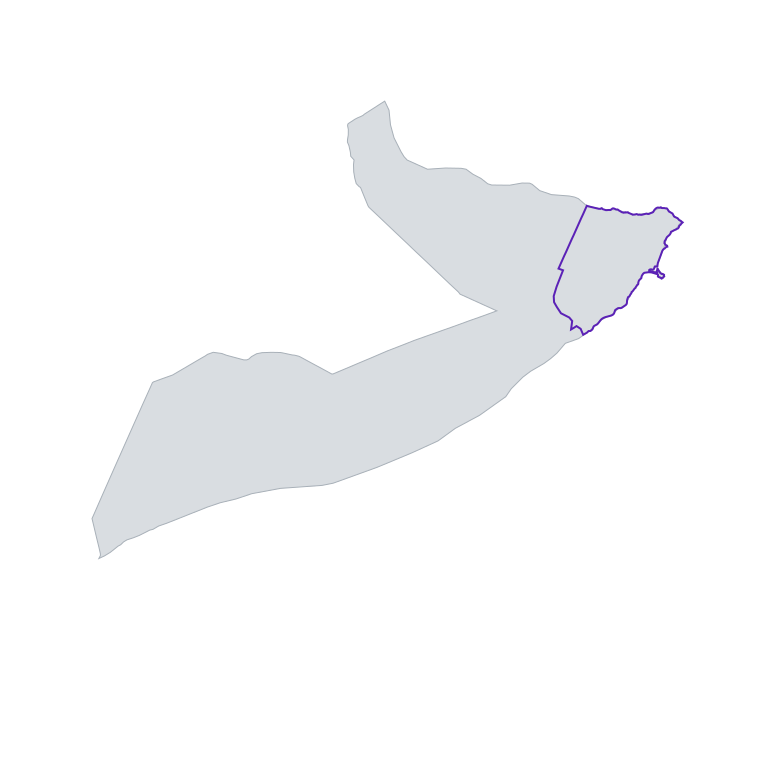 Bari highlighted on a map of Somalia, rotated 24°
{"feature_id": "SOM-1", "entity_name": "Bari", "entity_type": "Region", "adm_level": 1, "iso_a3": "SOM", "parent_name": "Somalia", "parent_adm1": "", "projection": "orthographic", "projection_center": [50.532, 10.16], "detail": "fine", "context": "in_parent", "style": "outline", "palette": "violet", "viewbox_px": 768, "rotation_deg": 24, "n_neighbors": 0, "source": "natural_earth", "source_scale": "10m", "svg_char_len": 5795}
<svg xmlns="http://www.w3.org/2000/svg" viewBox="0 0 768 768"><g transform="rotate(24 384 384)"><path d="M194.7,656.1L194.0,654.5L190.2,649.4L183.0,640.1L177.6,633.0L172.0,625.7L172.0,620.0L171.9,603.1L171.8,569.2L171.8,535.2L171.8,501.1L171.9,484.0L171.9,477.0L172.5,475.9L178.8,469.8L187.2,461.8L198.3,446.3L204.3,437.9L209.4,430.9L210.7,428.7L215.1,424.5L223.4,422.1L228.5,421.8L246.1,419.0L248.8,417.8L250.3,416.3L251.8,412.9L255.3,408.2L259.8,405.0L268.2,400.9L276.5,397.4L278.4,396.9L288.3,394.8L290.8,394.0L294.8,393.3L296.4,393.3L310.2,394.4L321.0,395.2L332.1,396.1L333.3,395.6L341.2,387.2L353.7,373.8L361.7,365.3L374.0,352.0L383.5,342.5L393.9,331.9L404.1,322.2L416.3,310.6L424.0,303.3L435.9,291.8L447.3,281.0L457.3,271.3L443.6,271.2L430.1,271.1L416.9,271.0L414.6,269.7L403.5,265.9L389.5,260.9L372.1,254.7L359.7,250.4L346.6,245.7L333.2,241.0L322.8,237.3L309.8,232.7L298.4,228.7L296.9,227.7L290.7,221.8L282.6,214.0L281.0,213.8L277.1,212.2L273.7,208.0L270.1,202.6L266.9,196.0L265.5,191.5L261.0,189.5L259.0,185.9L255.0,180.5L252.2,177.9L251.3,175.7L250.1,171.1L247.9,166.0L245.7,162.9L245.3,161.5L245.4,160.7L249.7,154.0L251.6,151.6L253.8,149.3L255.6,147.1L256.3,145.5L261.5,137.6L266.0,130.7L269.6,125.3L277.2,131.8L284.5,144.6L293.1,155.1L305.1,164.9L309.9,168.2L314.1,170.0L336.4,170.1L352.3,161.7L366.7,155.6L371.6,154.4L379.9,156.2L389.1,156.8L397.3,158.9L401.5,158.4L417.9,151.3L428.3,144.3L435.3,141.3L438.1,141.3L447.6,144.0L459.9,142.9L476.8,136.9L482.2,135.7L486.2,135.6L495.4,138.4L496.8,138.3L501.8,137.8L514.8,134.9L525.0,130.5L543.8,127.4L558.0,119.3L560.5,115.4L564.8,110.5L571.1,108.8L587.0,114.6L589.6,115.0L588.7,118.5L588.1,122.1L584.9,128.4L582.8,135.3L584.3,145.9L585.1,163.0L584.7,165.5L583.7,168.0L583.3,169.9L581.5,170.6L580.8,171.7L582.0,172.1L587.0,170.3L586.9,168.2L587.2,167.2L591.4,169.5L594.3,170.4L595.2,172.6L594.9,174.1L590.3,173.4L587.9,172.2L580.9,174.1L576.7,176.2L575.4,179.5L574.4,193.0L572.8,201.7L572.5,213.3L566.9,220.9L564.9,226.3L556.5,237.1L552.2,246.3L550.7,250.8L543.3,263.4L533.1,273.1L529.4,285.5L525.8,293.2L521.7,300.3L512.7,312.8L508.0,321.4L502.2,336.5L500.4,346.0L484.1,373.6L467.1,395.6L456.5,414.0L437.6,435.4L411.7,462.8L377.9,495.3L368.7,501.8L331.8,521.5L307.8,538.0L295.6,549.2L282.8,559.0L272.7,568.3L242.0,599.7L238.9,602.6L235.9,605.4L232.1,610.7L229.4,612.8L222.1,621.8L217.6,626.4L212.5,631.0L210.3,634.2L208.8,638.0L207.1,640.1L202.5,649.0L198.5,654.8L194.5,659.4L194.7,656.1Z" fill="#d9dde1" stroke="#a8b0b8" stroke-width="1"/><path d="M496.5,207.6L496.5,203.0L496.5,198.4L496.5,193.8L496.6,189.2L496.6,184.6L496.6,180.0L496.6,175.4L496.7,170.8L496.7,166.2L496.7,161.6L496.7,157.1L496.7,152.5L496.8,147.9L496.8,143.3L496.8,138.7L498.3,138.6L503.6,137.6L508.9,136.6L510.4,136.0L511.0,135.1L511.4,134.8L511.9,135.0L512.3,135.2L512.7,135.3L515.3,135.0L516.1,134.9L516.7,134.6L518.9,133.4L519.6,133.2L520.2,132.9L521.1,131.1L521.7,130.4L522.4,130.2L523.3,130.1L525.1,130.2L525.3,130.1L526.0,129.7L526.4,129.6L526.8,129.6L528.0,129.9L531.5,130.3L533.4,130.0L534.6,129.0L534.9,129.1L535.6,128.6L536.1,128.5L536.2,128.4L536.7,128.0L537.0,127.9L537.3,128.0L537.6,128.1L537.8,128.2L541.5,128.1L542.3,128.2L544.6,126.9L545.4,126.2L545.8,126.0L547.3,126.0L547.6,125.9L548.0,125.6L548.4,125.4L550.1,124.9L550.9,124.4L554.3,121.7L556.1,121.3L556.9,120.8L558.2,119.3L559.4,118.2L559.9,117.5L560.1,116.6L560.1,115.7L560.3,114.8L560.6,113.9L560.9,113.1L561.8,111.9L562.4,111.4L563.0,111.2L563.5,111.1L564.5,110.6L564.7,110.3L564.8,110.1L565.0,110.0L565.3,110.0L565.6,110.3L565.8,110.3L566.7,110.1L568.4,109.3L569.9,109.0L570.3,108.7L571.3,108.6L574.1,110.5L578.2,110.9L580.6,112.8L581.3,113.1L584.5,113.1L585.3,113.3L586.6,114.0L587.4,114.2L588.3,114.2L589.3,114.4L590.1,114.7L591.1,114.9L590.5,116.3L590.1,118.0L589.4,119.2L589.6,121.1L589.3,122.3L588.6,123.0L587.9,124.1L586.7,125.3L585.3,127.1L584.4,128.1L584.3,128.3L584.3,128.8L584.5,129.4L584.5,129.8L584.4,130.7L584.2,131.6L582.9,134.4L582.7,135.0L582.6,137.7L582.3,139.4L582.9,141.3L584.7,142.4L586.4,142.5L587.0,143.3L586.0,144.2L585.2,146.2L584.7,146.8L584.4,147.4L584.2,148.3L584.1,149.3L584.5,154.9L585.0,162.2L585.9,165.4L585.7,165.8L584.8,166.0L583.8,166.3L583.6,167.0L583.8,168.8L583.6,169.7L583.2,170.2L582.6,170.4L581.7,170.5L580.9,170.8L580.2,171.4L579.9,172.1L580.2,172.7L581.0,172.9L587.1,171.6L587.6,171.7L588.0,171.8L588.3,171.8L588.5,171.5L588.3,171.0L587.9,170.8L587.6,170.6L587.4,170.4L587.3,169.4L587.2,168.6L587.0,167.7L586.6,166.9L587.2,167.4L587.8,167.9L588.3,168.4L589.0,168.8L589.4,169.1L589.8,169.3L590.8,169.9L591.2,170.2L592.0,170.4L592.6,170.5L593.0,170.5L593.4,170.2L593.8,170.1L594.7,170.2L595.4,170.3L595.7,171.2L596.2,171.6L596.0,172.3L595.5,173.7L595.0,173.8L594.8,174.0L594.5,174.3L594.6,174.8L594.3,174.8L593.5,174.5L593.0,174.6L592.4,174.4L591.6,174.6L590.5,174.4L590.2,173.6L590.1,173.2L589.8,172.7L589.2,172.5L583.1,173.2L580.2,174.3L576.6,176.5L575.9,177.8L575.5,180.3L576.0,182.7L574.8,185.7L575.0,187.6L575.5,188.9L575.6,189.4L575.5,189.9L575.1,190.5L574.6,193.3L574.7,193.8L574.3,194.6L574.0,195.4L573.6,197.4L573.1,198.9L572.8,199.3L573.0,200.5L573.0,200.9L572.7,201.7L572.5,204.2L571.7,205.2L571.7,206.5L572.0,208.6L573.0,211.3L573.1,212.1L573.0,212.9L572.7,213.6L570.2,217.7L569.4,218.4L567.7,219.1L567.0,219.5L566.5,220.2L565.3,222.1L565.1,222.7L565.4,225.3L565.4,226.3L564.8,227.8L563.6,229.2L559.2,232.7L557.9,234.0L556.9,235.3L556.2,236.6L555.7,238.3L554.9,241.7L554.3,243.1L552.4,245.4L552.1,246.3L552.2,248.8L552.1,249.5L551.4,251.0L550.9,251.7L550.3,252.0L549.5,252.3L549.1,253.0L548.8,253.8L548.5,254.6L545.9,258.0L541.2,253.6L536.3,252.8L534.7,255.3L532.7,258.1L530.3,249.9L526.2,247.9L516.9,247.4L510.5,243.3L506.1,240.1L503.3,234.7L502.1,224.9L501.3,207.3L496.5,207.6Z" fill="none" stroke="#5b21b6" stroke-width="2"/></g></svg>